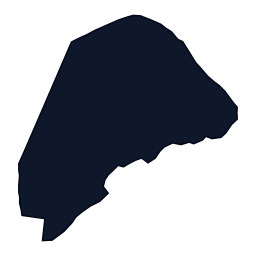 outline of São Manoel do Paraná, Paraná, Brazil
{"feature_id": "56859067B62132612460013", "entity_name": "São Manoel do Paraná", "entity_type": "district", "adm_level": 2, "iso_a3": "BRA", "parent_name": "Brazil", "parent_adm1": "Paraná", "projection": "orthographic", "projection_center": [-52.603, -23.378], "detail": "fine", "context": "isolated", "style": "filled", "palette": "ink", "viewbox_px": 256, "rotation_deg": 0, "n_neighbors": 0, "source": "geoboundaries", "source_scale": "gbopen_adm2", "svg_char_len": 927}
<svg xmlns="http://www.w3.org/2000/svg" viewBox="0 0 256 256"><path d="M108.2,193.2L103.2,186.6L105.0,179.5L108.5,174.5L113.1,170.3L118.0,165.3L123.4,166.8L129.8,163.1L135.5,160.2L141.6,158.0L148.0,162.8L155.2,158.2L159.9,151.2L164.1,147.0L172.6,142.9L181.0,144.6L189.1,142.1L193.7,143.7L202.4,140.0L205.9,136.3L211.9,138.6L221.1,137.3L225.8,132.9L231.5,124.5L237.2,119.1L236.9,112.8L237.2,107.2L233.5,103.0L229.3,97.3L224.8,91.2L219.3,85.7L213.7,81.5L207.4,76.0L200.5,67.9L195.8,62.8L182.7,41.7L177.8,39.4L171.5,31.9L165.0,27.7L161.0,24.4L151.5,20.2L140.6,15.9L133.3,15.4L128.4,16.7L118.5,20.0L94.7,30.5L86.5,34.9L81.4,37.1L71.5,42.0L38.0,119.7L23.3,153.6L18.8,163.7L18.8,170.0L19.6,175.8L18.8,185.0L18.8,192.1L19.8,197.6L19.6,203.0L21.3,210.0L22.0,215.4L44.9,218.6L42.5,240.6L52.2,240.1L64.1,231.2L72.3,222.3L75.7,217.1L81.5,212.2L90.5,205.9L99.7,201.3L108.2,193.2Z" fill="#0f172a" stroke="#020617" stroke-width="1.5"/></svg>